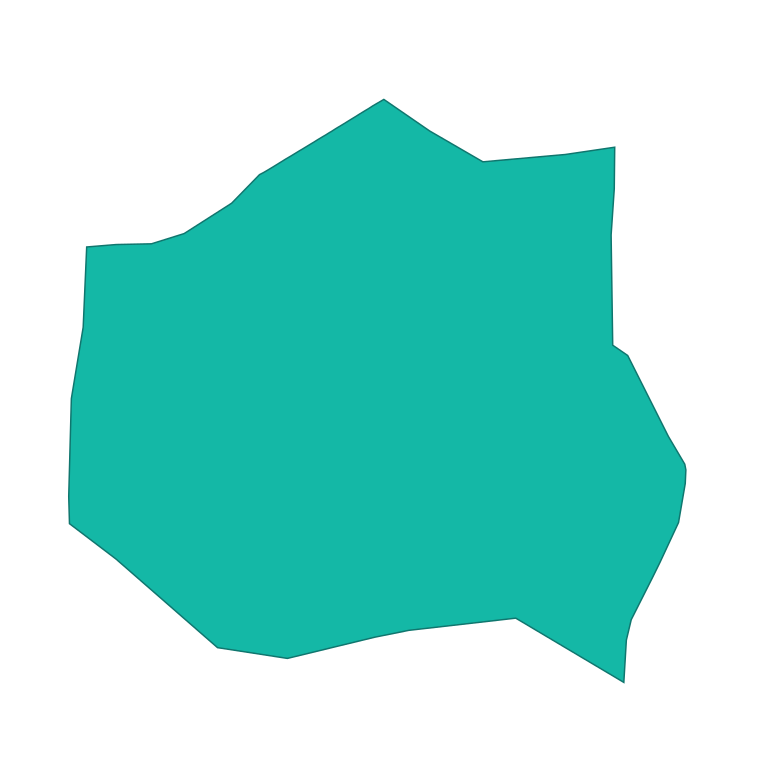 the district of Cogt-Cecii, Ömnögovi, Mongolia, rotated 6°
{"feature_id": "93677404B54738305211912", "entity_name": "Cogt-Cecii", "entity_type": "district", "adm_level": 2, "iso_a3": "MNG", "parent_name": "Mongolia", "parent_adm1": "Ömnögovi", "projection": "equal_earth", "projection_center": [105.867, 43.804], "detail": "fine", "context": "isolated", "style": "filled", "palette": "teal", "viewbox_px": 768, "rotation_deg": 6, "n_neighbors": 0, "source": "geoboundaries", "source_scale": "gbopen_adm2", "svg_char_len": 920}
<svg xmlns="http://www.w3.org/2000/svg" viewBox="0 0 768 768"><g transform="rotate(6 384 384)"><path d="M653.7,655.7L651.8,613.4L654.5,592.6L670.9,549.4L677.1,532.6L691.4,491.0L694.0,451.4L693.2,437.9L691.5,432.3L672.3,406.4L623.4,330.2L607.4,321.5L594.3,212.1L592.6,165.8L588.7,124.4L540.3,136.8L459.1,152.7L403.0,127.6L354.1,101.0L348.2,105.3L344.1,108.3L339.9,111.7L336.8,114.0L331.7,117.9L327.0,121.6L323.2,124.5L321.0,126.2L316.1,130.0L311.3,133.6L309.2,135.2L305.1,138.5L303.4,139.7L300.0,142.4L297.8,144.0L293.0,147.6L288.0,151.5L286.0,153.0L278.0,159.1L275.0,161.3L274.5,161.7L267.7,166.9L263.2,170.2L253.4,177.8L251.2,179.5L245.5,183.8L242.1,186.3L238.3,188.8L213.6,220.1L169.5,255.3L138.0,268.9L103.1,273.3L74.0,278.8L78.9,359.0L74.6,431.2L82.2,528.7L85.8,555.8L135.6,586.0L246.0,663.6L316.6,667.0L401.2,636.8L434.4,626.4L539.5,603.1L653.7,655.7Z" fill="#14b8a6" stroke="#0f766e" stroke-width="1.5"/></g></svg>